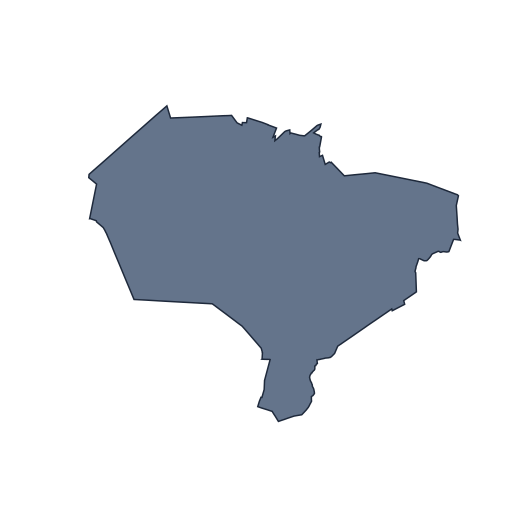 Bladel, Noord-Brabant, Netherlands, rotated 111°
{"feature_id": "6326949B15659642618503", "entity_name": "Bladel", "entity_type": "district", "adm_level": 2, "iso_a3": "NLD", "parent_name": "Netherlands", "parent_adm1": "Noord-Brabant", "projection": "robinson", "projection_center": [5.245, 51.371], "detail": "fine", "context": "isolated", "style": "filled", "palette": "slate", "viewbox_px": 512, "rotation_deg": 111, "n_neighbors": 0, "source": "geoboundaries", "source_scale": "gbopen_adm2", "svg_char_len": 5399}
<svg xmlns="http://www.w3.org/2000/svg" viewBox="0 0 512 512"><g transform="rotate(111 256 256)"><path d="M232.0,93.4L214.4,100.9L214.3,101.1L213.4,102.0L213.1,102.1L210.0,102.4L208.4,102.8L206.5,102.8L204.3,102.9L203.4,102.9L200.2,103.2L200.1,102.9L200.0,102.7L199.9,102.4L199.8,102.1L199.8,101.9L199.9,101.5L199.9,101.1L200.0,100.7L200.0,100.3L200.0,100.0L200.1,99.3L200.1,98.7L200.2,98.1L200.2,97.7L200.1,97.3L200.1,97.2L200.0,96.8L199.4,95.4L199.3,95.2L199.1,94.9L198.7,94.7L198.2,94.4L196.5,93.7L195.6,93.4L194.7,93.1L194.4,93.0L194.2,92.9L193.6,92.8L192.0,92.6L191.7,92.5L191.2,92.3L190.9,92.1L190.6,91.9L188.3,89.6L186.8,88.1L186.6,87.9L186.4,87.6L186.3,87.4L186.2,87.1L186.2,86.8L186.2,86.5L186.4,85.7L186.4,85.3L186.4,85.0L186.3,84.7L186.1,84.5L185.3,83.5L185.2,83.4L184.9,83.0L184.9,82.9L184.8,82.7L184.7,82.5L184.6,82.1L184.3,80.9L184.1,79.9L183.8,79.1L183.7,79.0L183.6,78.7L183.4,78.4L183.1,77.9L182.9,77.6L182.7,77.5L169.7,77.5L169.5,77.1L169.2,76.1L168.8,74.5L168.4,72.8L168.3,72.6L168.3,72.4L168.2,72.3L168.2,72.2L168.1,71.8L168.1,71.5L168.0,71.1L168.0,70.9L162.3,76.0L158.6,77.0L153.9,79.4L147.9,82.1L137.1,87.1L127.2,88.6L126.6,90.0L126.7,92.5L126.8,112.4L126.8,122.6L130.8,146.4L135.6,174.6L140.2,183.7L143.2,189.8L145.1,193.6L149.5,202.3L144.0,214.0L141.5,219.4L141.7,219.5L142.2,219.9L142.0,221.3L145.7,224.2L138.2,230.0L140.5,232.3L136.6,234.1L136.1,233.8L133.8,235.0L131.7,235.9L131.6,235.7L130.6,235.8L121.5,237.5L121.1,237.7L121.4,238.6L120.9,239.7L120.7,240.2L120.6,240.4L120.7,240.7L120.7,240.9L120.7,241.1L120.7,241.6L120.7,242.4L120.7,243.5L120.7,243.8L120.4,246.3L116.7,244.0L116.2,243.7L115.6,243.3L115.6,243.0L114.9,242.6L114.6,242.5L114.1,242.5L113.6,242.4L112.7,242.3L109.6,242.7L111.8,245.3L112.2,245.6L112.4,245.8L119.4,249.6L121.5,250.8L125.8,253.3L126.1,253.4L126.3,253.7L126.5,253.9L126.6,254.2L127.3,257.1L127.6,258.1L127.7,258.7L128.0,262.0L128.3,264.6L128.6,267.2L128.6,267.4L128.7,267.6L128.9,267.7L129.1,267.9L129.5,268.1L126.2,269.7L128.1,272.3L128.7,273.0L129.0,273.3L129.7,273.8L131.4,274.6L136.4,276.9L138.1,277.7L138.7,278.0L139.1,278.2L139.5,278.4L141.6,279.7L137.0,280.9L139.1,282.7L134.6,282.7L129.2,282.7L129.2,283.6L129.3,291.6L129.3,291.9L129.1,291.9L129.1,292.2L129.1,293.1L129.1,296.8L129.1,298.2L129.3,301.2L129.6,306.2L130.0,313.2L130.1,313.6L133.6,312.9L134.9,312.6L136.3,316.5L138.3,316.2L138.5,316.2L139.0,316.1L138.5,321.2L138.5,321.3L138.4,321.5L133.5,329.2L134.9,332.3L136.6,336.4L149.1,365.0L157.8,385.2L147.8,393.0L160.7,399.9L177.4,408.6L193.4,417.0L209.4,425.3L225.3,433.6L233.2,437.8L239.6,441.1L242.8,440.2L246.0,430.6L280.8,424.7L280.6,424.4L280.5,424.0L280.4,420.9L280.3,417.9L280.3,417.7L280.6,417.5L280.9,417.3L281.1,417.2L281.3,417.0L282.6,413.3L284.2,408.8L285.1,407.7L286.1,406.4L286.6,405.9L287.8,404.6L288.7,403.5L289.2,403.1L289.3,402.8L289.6,402.7L294.1,398.3L295.7,396.7L303.6,389.3L312.9,380.4L324.9,369.0L332.3,361.9L340.3,354.3L336.4,342.3L332.4,329.7L328.3,316.9L322.0,297.4L316.3,279.7L321.2,262.3L325.3,248.1L326.4,244.0L328.6,239.7L330.6,236.0L331.6,234.1L336.6,224.8L340.2,218.1L343.7,215.5L343.9,215.5L343.9,215.4L344.0,215.3L350.0,213.4L350.2,213.5L350.1,213.0L350.0,212.9L349.2,210.4L349.0,209.9L348.2,207.7L347.7,206.3L347.6,206.0L347.6,205.7L369.3,203.4L369.8,203.2L377.8,200.5L385.9,199.8L386.1,200.7L386.5,200.7L390.2,200.8L391.8,200.7L396.0,200.4L395.9,196.3L395.5,190.3L395.3,185.7L395.2,185.3L396.6,183.5L398.0,181.6L398.7,180.6L402.4,175.8L399.9,172.8L398.6,171.2L396.7,169.0L395.6,167.7L391.8,163.1L388.1,156.9L387.9,156.5L387.8,156.4L387.6,156.3L381.7,153.9L381.4,153.8L380.7,153.6L380.3,153.5L379.4,153.2L378.4,152.9L378.1,152.9L377.2,152.7L376.0,152.6L374.9,152.5L373.5,152.3L372.6,152.2L371.8,152.1L371.7,152.1L371.0,152.4L370.2,152.8L369.8,153.0L368.9,153.3L368.1,153.6L367.4,153.9L366.7,153.4L366.3,153.2L366.0,152.9L365.9,152.9L365.5,152.7L364.7,152.5L364.1,152.3L363.9,152.3L363.5,152.2L363.3,152.2L363.0,152.3L362.5,152.6L361.7,153.0L361.4,153.2L360.8,153.6L359.7,154.3L359.2,154.7L359.0,154.9L358.9,155.0L358.2,155.8L357.8,156.3L357.5,156.6L357.4,156.7L357.2,156.8L356.5,157.1L356.3,157.2L356.1,157.3L355.6,157.8L355.2,158.2L355.1,158.3L354.8,158.5L354.5,158.7L353.1,160.4L353.0,160.5L352.9,160.6L352.6,160.7L352.4,160.9L352.2,161.1L351.9,161.3L351.6,161.6L351.2,161.8L350.7,162.0L350.5,162.3L350.3,162.4L350.0,162.5L349.6,162.6L348.7,162.7L348.4,162.8L347.9,162.8L346.8,162.5L346.7,162.5L346.1,162.5L345.4,162.4L345.2,162.2L345.1,161.9L344.9,161.8L344.7,161.9L344.4,161.9L344.1,161.8L343.9,161.7L343.2,161.4L342.6,161.2L342.0,160.9L341.7,160.7L341.3,160.6L341.1,160.6L340.7,160.6L340.4,160.6L340.2,160.7L339.8,160.8L339.2,161.0L338.7,161.3L338.2,161.5L337.7,161.7L336.9,160.9L335.5,160.9L335.2,160.8L334.9,160.5L334.7,160.4L334.5,160.2L334.4,160.2L334.2,160.2L334.0,160.4L333.8,160.5L333.4,160.7L332.9,161.0L332.3,161.3L331.7,161.6L331.1,161.8L331.1,161.7L330.9,161.3L330.8,161.2L330.7,161.0L330.5,160.8L330.4,160.7L330.1,160.2L329.9,159.7L328.7,158.0L328.5,157.7L328.4,157.5L327.3,155.8L327.2,155.6L326.6,154.9L326.3,154.4L326.2,154.1L326.1,153.9L325.9,153.6L325.7,153.2L325.4,152.5L325.1,151.9L324.8,151.5L324.7,151.3L324.6,151.2L324.3,150.6L324.1,150.6L323.8,150.2L323.2,149.7L322.9,149.5L318.8,147.7L310.9,147.4L301.6,141.0L288.3,131.9L280.6,126.7L268.3,118.2L256.8,110.3L258.3,109.2L247.8,99.9L244.7,102.1L232.0,93.4Z" fill="#64748b" stroke="#1e293b" stroke-width="1.5"/></g></svg>